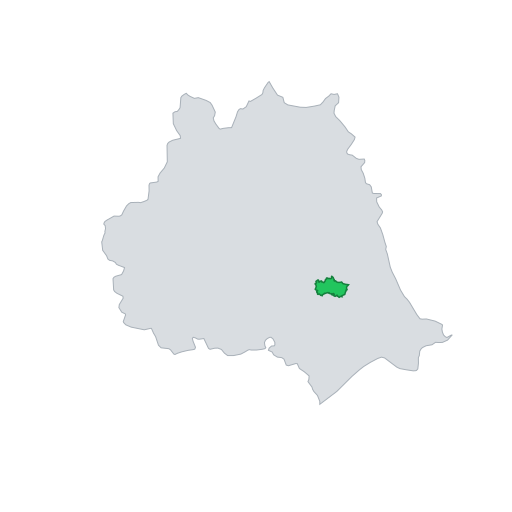 Lyakhavichy, Brest, Belarus (highlighted), rotated 242°
{"feature_id": "67162791B80813457147779", "entity_name": "Lyakhavichy", "entity_type": "district", "adm_level": 2, "iso_a3": "BLR", "parent_name": "Belarus", "parent_adm1": "Brest", "projection": "albers", "projection_center": [26.164, 52.904], "detail": "fine", "context": "in_parent", "style": "filled", "palette": "green", "viewbox_px": 512, "rotation_deg": 242, "n_neighbors": 0, "source": "geoboundaries", "source_scale": "gbopen_adm2", "svg_char_len": 7250}
<svg xmlns="http://www.w3.org/2000/svg" viewBox="0 0 512 512"><g transform="rotate(242 256 256)"><path d="M403.8,349.5L396.6,349.7L388.0,350.5L383.5,354.2L378.1,352.9L374.5,355.0L366.6,364.9L363.6,370.1L360.9,378.0L359.3,383.8L360.6,387.7L362.4,391.3L363.0,395.3L364.0,398.4L362.0,400.8L361.0,404.1L357.3,403.8L352.6,400.9L351.4,396.4L347.8,393.4L345.5,391.9L341.7,391.8L335.9,393.6L328.1,395.2L322.3,395.8L319.2,397.5L314.5,399.3L312.6,397.5L309.8,392.5L307.4,387.4L305.8,385.2L304.5,384.6L302.9,384.8L301.2,386.5L299.9,388.3L295.1,390.4L293.0,392.3L290.8,397.1L289.2,396.9L287.5,395.8L285.5,390.6L282.9,389.5L278.7,389.5L273.6,388.6L269.4,387.1L267.9,387.5L265.6,389.8L262.9,390.2L257.0,388.3L255.9,389.3L252.7,395.2L251.1,395.5L250.2,394.8L250.6,389.7L247.2,388.0L241.5,387.8L237.5,388.6L235.5,388.5L234.5,387.5L229.5,379.0L226.9,378.5L222.3,379.0L215.4,378.0L207.5,376.2L203.2,375.5L200.9,373.6L196.1,372.9L183.1,369.3L177.8,368.7L170.0,368.6L158.1,367.6L150.5,368.0L147.0,369.1L142.9,369.8L128.7,370.5L123.6,371.3L122.2,373.1L120.4,376.9L114.4,383.6L108.5,387.9L107.5,388.3L104.2,385.8L101.5,384.9L98.3,384.5L95.9,385.2L94.4,386.3L94.5,391.5L94.1,391.9L91.8,385.6L92.2,380.0L93.7,376.9L95.5,374.0L95.0,369.7L96.9,364.0L97.0,359.9L96.4,358.0L95.1,355.9L91.5,353.5L90.0,351.6L85.1,349.1L80.4,345.9L79.6,344.0L79.9,342.8L80.8,340.9L84.8,335.5L89.0,330.2L91.7,328.2L105.6,321.7L107.8,319.3L108.4,315.3L108.4,307.0L107.9,299.4L107.0,294.2L104.7,284.3L98.5,263.8L95.1,242.7L97.7,244.1L104.0,244.8L109.1,243.5L111.7,243.4L114.0,243.9L120.7,242.9L122.3,244.8L125.2,246.6L131.1,244.3L136.3,241.5L141.6,241.9L142.4,240.5L143.9,233.1L145.5,231.5L151.8,232.3L154.2,231.0L156.7,227.4L160.5,225.2L163.6,225.2L166.9,222.7L168.5,224.4L169.2,227.5L168.1,229.9L168.6,230.9L170.9,232.1L174.7,232.1L177.2,231.1L177.8,229.7L177.8,227.2L177.2,224.8L175.6,222.8L172.5,221.7L170.4,221.6L170.0,220.3L170.8,217.5L172.7,212.4L175.1,207.8L176.5,206.1L176.7,204.4L176.5,201.6L176.5,196.6L178.6,189.5L181.4,184.2L185.1,182.5L189.7,181.6L192.6,179.1L194.0,176.2L195.2,171.6L196.7,170.7L207.6,171.2L209.2,166.7L210.1,165.4L212.2,164.0L213.7,162.4L213.1,161.1L210.3,160.4L203.8,159.7L202.5,158.2L202.9,156.4L204.6,151.7L206.2,145.6L207.0,140.9L207.1,138.2L208.0,137.4L213.3,136.5L215.1,135.5L219.5,129.1L223.0,128.0L231.9,129.5L236.0,129.3L241.2,129.7L241.6,129.0L243.3,122.7L251.8,112.4L256.4,108.7L259.3,107.9L260.4,108.0L265.2,113.2L266.3,113.4L269.4,111.1L274.8,110.7L277.3,112.5L281.1,118.9L283.0,119.6L288.2,115.8L291.0,114.5L292.9,114.4L303.1,119.1L303.9,120.6L304.0,122.6L302.7,128.6L305.0,132.1L307.5,134.5L312.4,130.2L314.3,128.9L316.3,128.8L319.0,127.1L320.9,124.7L322.8,123.8L326.4,124.2L333.0,123.3L340.9,126.4L341.7,127.5L345.8,131.5L347.2,133.5L348.6,134.1L350.8,136.0L353.6,137.1L355.5,136.6L356.4,137.2L357.4,138.8L357.7,141.5L357.9,149.4L355.4,153.7L355.1,155.1L355.3,156.8L357.8,160.1L361.0,165.2L361.9,168.2L362.0,170.5L358.5,177.5L357.3,179.1L356.7,182.5L356.4,185.9L356.8,187.3L363.7,192.2L368.8,194.8L370.0,196.2L370.1,197.0L367.9,203.0L367.8,204.6L371.9,206.7L374.3,210.3L376.7,216.3L380.8,221.9L395.5,229.4L396.8,230.9L397.4,232.7L397.3,236.8L395.3,244.6L397.8,245.6L404.0,244.8L411.6,245.1L421.1,249.7L421.4,252.2L420.6,254.4L421.5,256.7L422.6,258.6L431.1,264.0L432.0,265.7L432.4,268.6L432.4,270.8L430.2,271.4L427.9,272.7L424.1,275.6L422.9,279.4L416.8,285.0L413.0,287.6L409.8,288.0L402.2,287.6L399.3,285.3L398.0,283.1L395.0,282.3L391.2,282.5L385.9,283.3L384.8,284.0L384.1,286.9L382.2,291.9L380.8,294.7L388.3,303.7L392.0,307.4L393.3,309.7L393.4,311.4L391.9,313.5L392.4,317.5L396.2,322.6L395.1,323.6L395.3,330.1L395.8,337.1L396.9,338.7L398.8,340.0L400.5,342.4L403.5,348.0L403.8,349.5Z" fill="#d9dde1" stroke="#a8b0b8" stroke-width="1"/><path d="M202.5,313.4L202.4,313.1L202.2,312.9L201.9,312.8L201.5,312.5L201.1,312.2L200.9,312.0L200.9,311.5L201.1,311.0L201.3,310.6L201.8,310.2L202.1,309.9L202.1,309.4L202.3,308.9L202.8,308.7L203.3,308.5L203.4,308.1L203.3,307.7L203.1,307.5L202.7,307.3L202.5,307.0L202.5,306.6L202.3,305.9L201.6,305.5L201.2,304.7L200.8,304.0L200.6,303.7L200.7,303.2L201.0,303.0L201.3,303.0L201.6,302.8L201.8,302.3L202.0,302.0L202.4,302.0L202.8,302.2L203.0,302.1L203.4,301.9L203.4,301.6L203.5,301.1L203.5,300.8L203.4,300.2L203.2,299.8L203.3,299.4L203.7,299.2L204.0,299.2L204.5,299.5L204.8,299.8L205.1,299.8L205.4,299.8L205.7,299.6L205.8,299.3L205.7,298.5L205.6,298.1L205.5,297.6L205.5,297.2L205.2,296.9L204.9,297.0L204.5,297.0L204.0,296.9L203.7,296.4L203.7,296.0L203.9,295.6L203.6,295.1L203.4,295.1L202.8,295.2L202.3,295.3L201.6,295.2L201.2,295.0L200.6,294.8L200.2,294.3L199.7,293.9L199.4,293.4L198.9,292.7L198.5,292.8L197.9,293.0L197.5,293.3L197.3,293.5L197.0,293.8L196.8,294.0L196.6,294.1L196.4,294.1L196.3,293.9L196.3,293.7L196.2,293.4L196.2,293.2L196.1,292.9L195.9,292.8L195.4,292.7L195.3,292.8L194.9,293.0L194.6,293.0L194.5,292.9L194.2,292.7L193.7,292.5L193.3,292.5L193.0,292.7L192.9,292.9L192.9,293.1L192.9,293.5L192.9,293.8L192.8,294.0L192.7,294.1L192.3,294.2L192.0,294.3L191.6,294.5L191.3,294.6L191.0,294.6L190.8,294.7L190.7,294.9L190.6,295.1L190.6,295.3L190.4,295.4L190.2,295.5L189.9,295.7L189.8,295.9L189.9,296.0L190.2,296.2L190.5,296.2L190.6,296.5L190.6,297.2L190.6,297.8L190.5,298.1L190.6,298.3L190.8,298.5L190.9,298.8L190.9,299.1L190.7,299.2L190.5,299.3L190.4,299.8L190.4,300.2L190.3,300.7L190.3,301.1L190.2,301.3L190.2,301.6L190.2,301.8L189.9,302.1L189.7,302.2L189.4,302.4L189.2,302.6L189.3,302.9L189.5,303.0L189.4,303.2L189.3,303.3L189.2,303.4L189.0,303.5L188.7,303.5L188.2,303.5L187.7,304.0L187.4,304.4L187.4,304.7L187.3,305.0L187.2,305.2L187.0,305.3L186.9,305.3L186.7,305.3L186.6,305.2L186.4,304.8L186.2,304.8L185.9,304.9L185.8,305.1L185.7,305.3L185.8,305.7L186.0,305.8L186.3,306.0L186.6,306.2L186.6,306.6L186.2,306.9L185.8,307.0L185.6,307.1L185.2,307.0L185.0,306.7L185.0,306.4L184.9,306.1L184.7,305.9L184.4,306.0L184.1,306.4L184.0,306.5L183.9,306.6L183.6,306.6L183.4,306.7L183.3,306.9L183.2,307.1L183.2,307.3L183.2,307.5L183.2,307.8L183.3,308.0L183.3,308.3L183.3,308.5L183.4,308.9L183.4,309.0L183.2,309.2L182.9,308.9L182.7,308.9L182.3,309.0L182.1,309.2L181.9,309.4L181.8,309.6L181.4,309.7L181.2,309.7L180.9,309.8L180.7,309.9L180.5,310.0L180.4,310.2L180.5,310.7L180.6,310.9L180.8,311.2L180.7,311.4L180.6,311.7L180.3,312.0L179.8,312.7L180.2,312.7L180.6,313.0L180.6,313.3L180.4,313.6L180.4,314.0L180.6,314.6L180.6,315.1L180.6,315.4L180.5,315.6L180.4,315.8L180.3,316.1L180.4,316.4L180.7,316.6L181.0,316.9L181.5,317.4L181.9,317.8L182.4,318.3L182.8,319.0L183.0,319.2L183.3,319.3L183.5,319.3L183.7,319.5L183.6,319.8L183.5,320.1L183.4,320.3L183.5,320.6L184.3,320.7L185.0,320.8L185.5,321.1L186.0,321.4L186.4,321.9L186.6,322.3L186.7,322.9L186.8,323.3L186.9,323.6L187.2,324.2L187.4,323.9L187.9,323.3L188.4,322.6L188.6,322.2L188.9,321.8L189.7,321.0L190.1,320.5L190.5,320.1L191.0,319.7L191.7,319.6L192.4,319.5L192.8,319.4L193.0,318.6L193.2,318.1L193.4,317.5L193.7,317.0L194.2,316.0L194.8,315.4L195.4,315.0L195.7,314.8L196.1,314.7L196.6,314.7L196.9,314.3L197.0,313.9L197.1,313.5L197.3,313.4L197.6,313.4L197.9,313.7L198.2,313.8L198.3,313.9L198.6,314.0L198.8,313.9L199.1,313.8L199.5,313.8L199.8,313.9L200.1,314.0L201.0,314.0L201.3,313.9L201.7,313.7L202.3,313.5L202.5,313.4Z" fill="#22c55e" stroke="#15803d" stroke-width="1.5"/></g></svg>